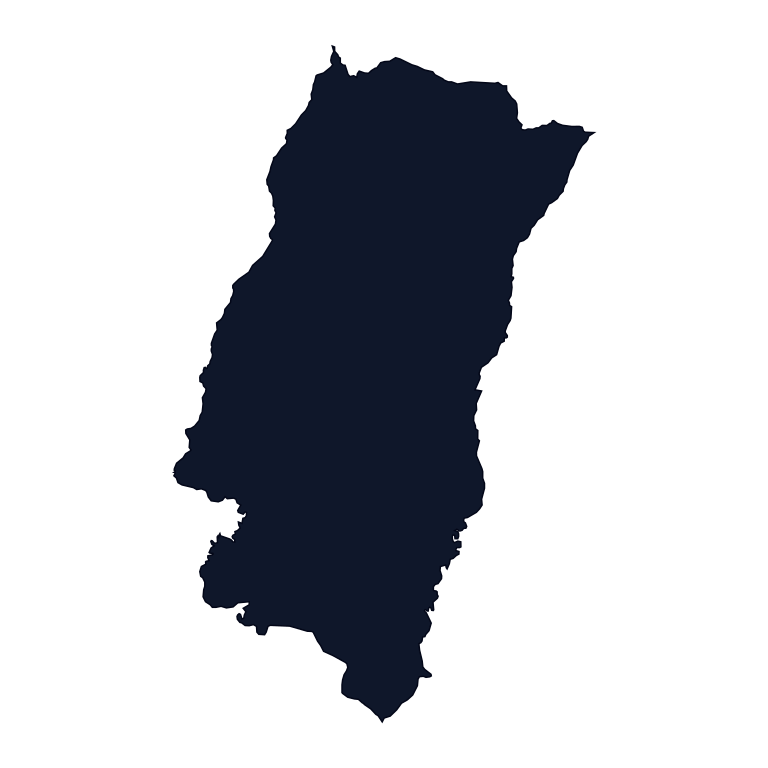 Bagaces, Guanacaste, Costa Rica (Robinson projection)
{"feature_id": "36466004B76041075166072", "entity_name": "Bagaces", "entity_type": "district", "adm_level": 2, "iso_a3": "CRI", "parent_name": "Costa Rica", "parent_adm1": "Guanacaste", "projection": "robinson", "projection_center": [-85.261, 10.512], "detail": "fine", "context": "isolated", "style": "filled", "palette": "ink", "viewbox_px": 768, "rotation_deg": 0, "n_neighbors": 0, "source": "geoboundaries", "source_scale": "gbopen_adm2", "svg_char_len": 6075}
<svg xmlns="http://www.w3.org/2000/svg" viewBox="0 0 768 768"><path d="M332.3,46.1L333.8,51.4L331.5,56.4L330.8,60.1L331.1,62.1L332.8,64.7L330.8,67.2L323.6,73.0L317.1,75.0L316.1,75.8L314.6,82.0L313.4,84.6L312.8,89.8L311.2,94.1L311.8,99.6L309.2,102.4L308.5,105.5L305.7,110.6L301.4,115.0L295.6,123.8L290.9,128.5L287.2,130.3L287.3,133.4L285.6,137.5L285.7,138.5L287.0,140.0L286.5,143.6L281.6,148.1L276.5,155.8L273.6,157.9L273.5,159.8L271.0,166.7L270.0,171.4L266.8,179.7L267.2,184.3L268.7,186.1L269.5,191.1L271.5,193.1L272.8,196.0L273.4,200.5L273.2,205.8L275.2,208.0L274.9,210.4L276.1,212.8L274.6,216.8L276.0,220.0L275.4,224.1L269.5,233.5L269.7,236.3L270.9,238.5L272.3,239.4L272.3,240.7L262.7,256.4L252.6,265.4L248.9,272.2L238.9,279.2L233.6,284.3L232.8,285.5L232.8,288.0L233.5,289.1L233.7,291.5L232.7,295.6L231.0,298.5L230.5,302.5L224.9,309.3L224.4,313.4L222.4,317.6L220.9,319.6L216.6,322.9L217.2,330.2L214.7,333.9L211.4,343.3L211.4,345.3L212.2,346.8L211.3,349.0L211.3,351.0L212.5,354.4L212.1,357.5L210.2,361.4L209.8,363.9L207.7,365.8L207.2,368.4L206.3,368.6L205.5,367.4L204.2,367.6L203.4,370.2L203.5,372.5L200.2,375.7L199.8,377.4L200.0,381.5L202.8,382.9L203.6,386.1L206.1,388.7L205.5,392.2L202.4,397.7L203.1,403.8L202.2,412.2L200.2,415.6L199.2,420.5L194.6,426.1L191.0,428.4L187.2,429.0L185.7,430.0L185.9,433.5L189.8,439.9L189.2,447.4L191.0,449.9L190.3,450.9L185.6,453.8L183.1,457.9L176.6,463.2L174.4,468.6L174.2,470.2L175.0,470.6L175.0,471.7L174.1,472.3L175.0,472.4L175.2,473.1L173.9,475.8L176.4,478.0L178.0,482.6L182.0,484.9L193.4,487.6L196.7,489.5L201.4,488.8L205.7,490.5L206.9,492.3L208.3,497.0L211.2,500.8L218.3,501.8L222.4,500.2L225.1,496.7L227.3,498.7L233.6,498.1L235.9,499.2L237.1,502.8L240.8,505.1L237.7,510.5L238.3,512.3L243.2,514.2L245.2,511.8L246.5,512.5L246.4,515.7L245.1,517.7L242.9,518.3L242.0,523.4L238.4,522.0L238.8,525.1L240.2,528.0L237.4,530.6L234.9,531.6L235.4,534.1L233.0,535.2L232.2,536.5L232.6,538.0L234.7,539.6L234.8,542.0L233.0,542.0L231.5,540.1L229.7,539.0L220.5,535.8L219.9,533.6L219.0,535.1L218.5,538.6L217.7,536.2L217.2,536.9L217.5,542.7L214.7,543.4L212.2,540.8L211.3,540.6L210.8,541.5L211.9,544.4L214.1,545.9L211.1,548.0L209.1,552.5L209.9,553.1L212.9,553.4L213.2,554.1L211.7,555.1L207.9,555.8L207.8,557.7L209.1,560.6L206.1,561.3L205.6,561.9L205.8,564.2L201.4,566.5L199.8,571.6L200.7,576.3L202.7,577.7L204.8,582.1L204.8,586.3L203.7,589.7L203.1,596.8L205.5,601.7L210.3,604.8L212.3,607.3L216.0,607.3L221.1,606.3L226.4,607.9L233.1,606.9L237.8,602.8L249.2,601.7L249.2,604.8L243.2,608.3L245.9,611.7L244.3,615.1L243.8,618.1L242.0,619.2L240.5,614.4L239.1,613.7L237.7,614.9L237.0,616.5L237.4,619.3L239.9,622.4L241.6,622.8L245.1,625.5L249.2,625.7L253.4,624.6L256.5,626.4L256.9,632.1L258.8,634.3L264.6,634.7L266.2,632.1L268.0,626.3L270.3,625.3L289.7,626.1L307.3,631.2L311.7,631.4L313.2,632.2L317.6,641.2L320.6,645.4L323.6,651.3L332.7,655.4L345.4,662.4L346.9,663.8L347.8,667.4L346.5,670.9L344.1,674.7L342.6,679.9L342.0,684.8L342.0,692.6L342.6,693.4L347.7,697.2L354.4,698.9L358.4,699.3L362.3,702.8L364.2,703.8L364.2,704.4L370.7,708.8L375.8,714.3L378.1,715.7L382.2,721.9L384.2,718.0L390.2,716.1L396.7,709.8L401.5,703.2L407.4,699.8L412.7,695.0L417.4,685.7L418.0,679.2L419.4,676.7L423.3,676.3L426.0,677.3L429.8,676.8L431.3,675.9L431.0,674.3L424.7,669.4L422.8,666.9L422.2,661.1L419.6,650.3L419.0,645.1L419.0,643.6L420.8,642.7L422.0,641.0L422.6,637.0L424.9,636.6L425.7,634.5L429.0,630.7L431.2,623.1L426.3,612.9L424.5,611.1L424.5,610.5L424.9,609.7L425.7,609.7L427.2,611.0L428.2,611.0L428.6,608.2L429.6,607.2L430.9,607.9L431.7,610.3L433.3,610.5L433.7,609.8L433.0,602.2L437.4,598.2L438.1,596.2L437.2,594.5L437.1,591.8L436.1,591.0L433.9,590.7L433.4,590.0L433.4,586.7L435.2,584.4L438.0,583.6L441.5,578.7L441.7,575.9L440.0,570.4L440.4,566.5L445.7,565.0L446.3,567.8L447.1,568.9L449.3,563.8L450.2,559.3L453.1,558.4L456.3,555.5L458.9,554.1L459.0,551.5L455.9,550.6L455.7,549.9L456.8,547.6L459.6,547.6L460.9,546.9L460.8,541.8L457.9,541.1L454.5,542.6L453.2,541.6L452.3,538.7L452.3,536.3L453.0,534.9L454.7,535.4L455.0,538.7L457.8,538.7L458.6,536.5L458.6,533.8L457.9,531.8L454.6,530.6L456.9,529.2L459.2,530.9L460.3,530.9L462.1,530.3L463.6,528.4L465.9,528.2L466.7,526.4L465.4,522.9L463.9,521.8L463.6,520.1L464.2,518.1L467.5,517.5L476.4,512.3L479.7,508.7L482.1,505.0L481.6,499.2L484.5,488.3L484.5,483.3L482.7,478.2L482.7,471.6L481.9,468.6L476.5,455.9L476.4,452.2L479.4,440.8L477.7,439.0L477.8,430.5L475.5,428.7L475.4,425.8L473.6,420.9L473.8,415.6L476.6,409.9L476.2,403.4L481.6,391.0L475.0,389.8L479.9,378.6L480.1,376.2L479.2,374.6L479.2,373.0L481.4,367.3L488.0,362.8L491.7,357.9L496.6,354.7L499.0,346.3L500.7,343.0L504.2,341.2L504.3,338.0L506.5,337.8L507.3,337.1L507.3,335.5L505.3,332.6L505.2,331.0L507.6,324.5L510.1,320.6L510.9,318.2L511.6,306.7L509.6,305.4L509.4,302.8L508.3,300.3L511.0,295.7L512.0,287.3L511.4,281.7L513.5,278.5L513.4,277.3L511.1,276.7L511.8,273.9L511.8,268.5L513.1,265.6L512.4,259.2L513.3,255.7L516.1,251.7L516.6,248.3L519.2,241.9L523.6,240.5L527.4,237.7L529.5,234.1L531.0,228.3L534.2,225.2L537.6,219.8L543.7,215.4L544.1,213.5L548.6,204.1L551.6,202.7L557.4,198.5L559.2,195.2L563.1,191.3L563.4,188.6L564.8,184.9L566.8,182.1L567.0,179.7L569.7,170.4L573.2,165.1L577.5,153.2L582.1,145.5L586.1,141.7L587.7,139.3L588.6,136.2L594.1,132.6L585.0,132.2L583.5,131.2L582.2,127.3L579.4,126.4L571.9,126.5L562.6,125.3L557.5,123.5L553.8,120.6L552.4,120.8L551.3,123.1L549.8,123.4L547.0,125.5L542.2,125.4L538.7,127.9L536.1,127.9L533.0,129.3L528.0,129.0L525.2,130.1L522.2,129.7L520.8,128.2L522.0,124.8L518.9,121.8L516.6,118.4L517.4,112.8L516.7,104.0L515.2,101.0L511.6,97.9L506.7,91.0L506.5,85.9L502.7,85.9L498.0,82.5L494.9,83.3L470.6,81.9L457.5,84.0L451.7,81.9L448.4,81.9L444.3,80.2L442.6,78.7L435.0,74.8L432.7,71.8L424.4,69.9L417.2,66.4L411.9,64.8L400.0,59.0L395.6,57.7L389.7,61.3L384.6,61.6L380.7,62.7L376.8,68.0L375.2,68.2L371.5,70.5L368.5,73.3L364.6,73.0L359.2,71.1L357.4,73.7L356.7,77.4L353.7,75.7L349.9,76.6L348.0,74.3L345.1,65.3L342.9,65.0L340.3,63.0L340.3,58.1L338.5,56.9L337.8,54.8L334.7,51.3L334.6,47.0L332.3,46.1Z" fill="#0f172a" stroke="#020617" stroke-width="1.5"/></svg>